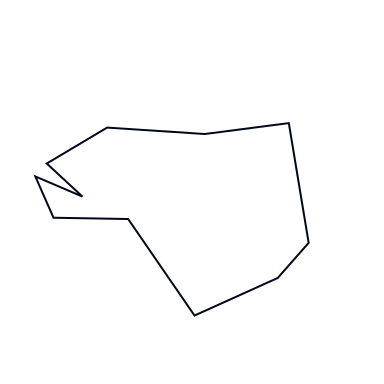 Martinsville, Virginia, United States of America, rotated 136°
{"feature_id": "52423323B40390347243240", "entity_name": "Martinsville", "entity_type": "district", "adm_level": 2, "iso_a3": "USA", "parent_name": "United States of America", "parent_adm1": "Virginia", "projection": "robinson", "projection_center": [-79.858, 36.679], "detail": "fine", "context": "isolated", "style": "outline", "palette": "ink", "viewbox_px": 384, "rotation_deg": 136, "n_neighbors": 0, "source": "geoboundaries", "source_scale": "gbopen_adm2", "svg_char_len": 318}
<svg xmlns="http://www.w3.org/2000/svg" viewBox="0 0 384 384"><g transform="rotate(136 192 192)"><path d="M74.5,174.3L142.6,224.9L208.3,297.3L276.7,313.4L274.0,264.8L293.9,312.0L309.5,269.7L256.7,216.9L268.4,147.0L276.0,101.4L190.0,70.6L143.4,74.4L74.5,174.3Z" fill="none" stroke="#020617" stroke-width="2"/></g></svg>